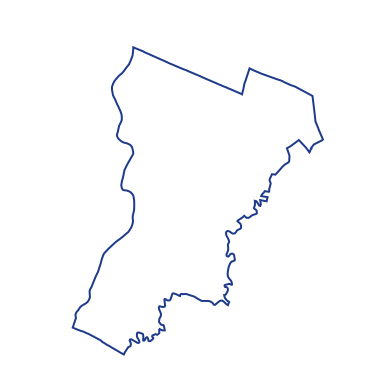 La Blanca, San Marcos, Guatemala (Natural Earth projection), rotated 352°
{"feature_id": "79465075B67582520223271", "entity_name": "La Blanca", "entity_type": "district", "adm_level": 2, "iso_a3": "GTM", "parent_name": "Guatemala", "parent_adm1": "San Marcos", "projection": "natural_earth1", "projection_center": [-92.12, 14.551], "detail": "fine", "context": "isolated", "style": "outline", "palette": "blue", "viewbox_px": 384, "rotation_deg": 352, "n_neighbors": 0, "source": "geoboundaries", "source_scale": "gbopen_adm2", "svg_char_len": 6043}
<svg xmlns="http://www.w3.org/2000/svg" viewBox="0 0 384 384"><g transform="rotate(352 192 192)"><path d="M153.6,42.8L152.3,48.0L152.0,48.8L150.1,52.4L147.4,56.8L144.4,59.6L141.7,62.4L139.3,64.6L135.9,66.7L131.8,70.2L130.4,71.7L128.9,73.9L127.5,76.5L127.0,79.2L127.1,81.8L127.2,84.8L127.7,86.8L128.1,87.8L128.8,89.9L130.0,94.4L131.2,98.0L132.4,102.2L133.0,105.4L132.9,108.3L132.5,110.7L131.6,112.6L129.1,116.2L127.7,119.9L126.7,122.6L125.6,124.9L125.6,126.3L126.1,128.1L126.3,128.6L127.6,130.3L129.3,132.2L131.5,133.6L133.2,134.3L134.5,134.8L137.3,136.7L138.2,137.9L138.9,139.5L139.2,142.3L139.3,145.1L138.8,146.5L131.2,156.4L128.2,160.9L125.6,168.2L124.2,171.3L122.9,175.4L123.1,178.8L124.2,180.5L127.6,181.5L130.0,182.7L131.7,184.3L133.1,186.7L133.5,188.7L133.5,192.9L132.9,197.4L132.2,201.6L131.1,204.6L130.2,206.8L129.8,208.4L129.6,210.6L129.5,213.0L128.4,215.9L127.1,218.4L125.1,220.8L123.4,222.7L117.1,226.7L114.4,228.3L111.9,229.6L109.6,230.9L105.6,233.6L101.1,236.8L98.8,238.7L96.6,240.4L95.3,242.2L94.0,244.7L92.8,247.2L91.9,249.5L87.9,257.8L84.8,262.4L79.3,272.0L77.4,274.4L76.7,276.4L76.3,281.9L76.1,282.5L74.6,284.9L73.1,286.5L71.0,287.7L68.1,288.8L65.6,290.1L62.7,293.4L61.6,294.2L60.8,295.1L60.1,296.2L59.5,297.3L59.5,300.8L58.9,301.9L55.0,309.7L59.9,312.6L63.7,314.6L64.9,315.1L65.9,315.7L66.7,316.3L68.6,317.5L69.5,317.9L81.3,326.5L81.6,327.2L82.1,327.7L82.8,328.4L83.8,329.1L86.7,331.7L88.0,332.5L91.0,334.9L92.2,335.9L94.7,337.8L97.2,339.8L98.6,341.0L101.2,342.9L102.0,343.4L102.8,341.9L104.5,339.9L106.9,337.2L107.3,336.7L108.9,336.4L109.7,335.9L110.3,334.4L110.3,332.6L109.8,331.1L109.6,330.1L110.2,329.4L111.5,329.5L112.9,330.6L114.9,332.1L116.4,333.4L117.7,334.0L118.4,333.9L118.9,333.5L119.1,332.5L118.3,330.0L117.8,329.2L117.5,328.0L117.4,326.5L117.8,324.7L118.4,323.7L119.7,323.7L122.3,325.0L123.4,325.6L123.7,326.5L123.7,327.7L123.6,329.2L123.3,330.5L123.0,331.3L123.0,332.2L123.3,332.5L124.0,332.5L124.7,332.0L125.1,331.4L125.7,330.5L126.4,329.8L127.1,329.5L127.6,329.7L127.8,330.3L128.0,331.0L128.2,332.0L128.2,333.2L128.4,333.5L128.9,333.8L129.4,333.9L130.1,333.8L131.2,333.1L132.0,332.7L132.9,332.0L133.1,331.7L133.3,331.5L133.4,331.3L133.0,330.7L132.6,330.0L132.4,329.4L132.8,328.7L133.6,328.4L134.3,328.3L135.4,327.8L135.7,327.7L136.4,327.8L137.4,328.4L138.0,328.5L138.7,328.1L140.1,326.9L140.2,325.9L140.2,324.7L140.4,323.7L140.9,323.2L141.4,323.5L142.3,324.3L143.4,324.8L144.7,325.2L145.8,325.2L145.7,322.6L145.3,320.0L143.8,319.5L142.8,318.9L141.3,316.2L141.6,314.5L142.2,312.7L143.2,311.5L144.0,310.2L144.3,308.0L143.1,303.6L143.0,301.9L143.5,300.9L144.2,300.6L145.0,301.1L146.7,301.7L148.1,301.9L149.2,301.5L149.6,300.5L149.6,296.1L149.7,294.8L150.0,294.2L151.1,294.5L151.7,295.3L152.6,295.9L153.5,296.2L154.8,296.1L155.7,295.5L156.5,293.8L157.6,291.8L158.0,290.6L158.5,290.0L159.3,289.7L161.0,290.5L162.1,291.0L163.4,291.9L164.7,292.9L165.7,293.3L166.0,292.2L166.5,291.7L167.2,291.5L168.0,291.7L168.8,291.9L170.1,292.0L171.4,292.0L172.1,292.2L176.2,294.2L177.8,295.0L179.6,295.8L183.4,299.0L186.3,301.1L186.8,301.3L191.4,301.9L192.5,302.1L194.1,302.6L194.8,302.9L196.0,303.8L196.6,304.4L197.2,305.2L197.9,306.5L198.2,306.8L199.0,307.0L204.2,303.8L204.9,303.6L206.9,303.8L207.2,304.0L208.6,305.5L210.5,307.9L211.8,309.1L213.5,306.0L211.7,304.5L211.1,303.7L209.8,301.5L209.5,298.5L210.5,298.5L210.9,298.3L211.4,297.9L211.9,297.4L213.3,295.4L213.7,294.6L214.0,293.7L214.0,293.1L214.0,292.7L214.0,292.4L213.7,291.8L213.0,291.0L212.6,290.8L211.7,290.7L211.4,290.4L211.2,290.0L211.2,289.3L211.2,289.1L211.4,288.8L211.7,288.7L214.9,288.2L215.7,288.2L216.3,288.3L217.1,288.8L218.3,289.3L218.5,289.4L218.7,289.2L218.8,288.6L218.7,287.0L218.6,286.3L218.3,285.4L216.6,282.6L216.2,281.8L216.0,281.2L215.8,279.8L215.8,278.6L216.0,277.6L216.6,275.1L217.5,272.4L217.8,271.7L218.8,269.7L219.9,267.9L220.4,267.4L221.1,266.8L221.6,266.5L222.1,266.3L222.7,266.3L223.9,266.0L224.3,265.7L224.8,265.6L225.0,264.8L225.0,264.1L224.9,262.2L224.9,260.2L224.5,259.6L223.7,258.7L223.0,258.6L222.3,258.6L221.6,258.8L220.9,259.2L220.3,260.0L219.5,260.7L218.9,261.0L218.2,260.8L217.8,260.4L217.5,260.0L217.4,259.2L217.5,258.6L219.8,254.5L220.1,251.7L220.1,249.6L220.2,249.1L220.9,247.9L221.6,246.9L221.9,246.2L221.8,245.4L221.7,244.8L221.4,243.5L220.8,241.8L220.1,240.1L220.0,239.1L220.0,238.0L220.0,237.1L220.3,236.4L221.0,235.9L221.6,235.6L222.2,235.7L223.5,236.2L224.2,236.7L225.0,237.6L225.8,238.4L226.9,238.9L228.1,239.0L228.6,238.9L229.5,238.3L230.1,237.7L230.9,236.7L231.7,236.1L232.8,235.7L234.4,235.3L235.2,234.7L235.5,234.4L235.7,234.0L235.8,232.9L235.9,232.0L235.5,230.2L234.5,229.0L232.9,227.3L233.1,226.8L233.9,226.3L234.7,226.0L238.5,224.2L240.4,222.8L242.3,225.1L244.5,225.5L248.4,223.4L250.3,223.0L252.4,222.6L253.1,222.3L253.3,221.9L253.4,221.0L253.3,219.2L252.6,218.3L251.4,217.2L251.1,216.6L251.2,216.3L252.4,213.9L252.6,213.1L253.0,209.5L254.5,210.1L256.8,214.9L257.6,215.3L258.5,213.7L258.4,209.5L264.6,211.6L266.1,207.6L260.0,205.7L261.0,204.1L263.1,202.5L264.1,201.3L267.7,202.4L268.5,202.4L268.8,200.3L269.0,199.3L269.6,198.3L270.0,197.2L270.5,196.0L271.0,194.9L271.1,194.5L271.1,194.1L271.0,193.5L270.8,193.0L270.6,191.9L270.5,191.2L270.5,190.8L270.6,190.4L270.8,190.0L273.7,185.5L277.0,186.4L282.2,182.1L284.9,179.7L287.4,178.0L288.2,177.5L291.0,176.4L292.1,175.7L292.4,175.3L292.7,174.3L293.6,169.6L292.1,161.9L295.7,160.5L301.0,157.7L305.0,155.4L310.4,163.0L311.6,164.9L313.8,169.1L314.5,168.4L315.4,166.3L316.3,165.7L316.0,165.1L319.3,161.9L320.2,161.6L328.3,158.8L329.0,158.2L326.3,148.4L325.8,146.0L324.1,139.4L324.4,129.0L324.7,113.7L318.5,109.1L308.6,101.9L304.3,99.7L297.9,95.6L297.6,95.2L295.5,93.9L292.1,92.3L277.2,84.5L274.9,83.1L270.9,80.7L266.2,77.6L260.9,88.4L258.9,92.2L257.1,97.4L255.1,102.2L254.9,102.0L246.9,97.1L245.1,96.0L241.7,94.0L240.5,93.2L238.0,91.8L233.1,88.9L229.6,86.7L223.9,83.3L213.4,76.8L204.7,71.6L203.4,70.7L200.2,69.0L187.8,61.6L183.2,58.6L178.8,55.9L169.7,50.2L164.7,47.1L163.3,46.0L154.0,40.6L153.9,41.6L153.6,42.8Z" fill="none" stroke="#1e3a8a" stroke-width="2"/></g></svg>